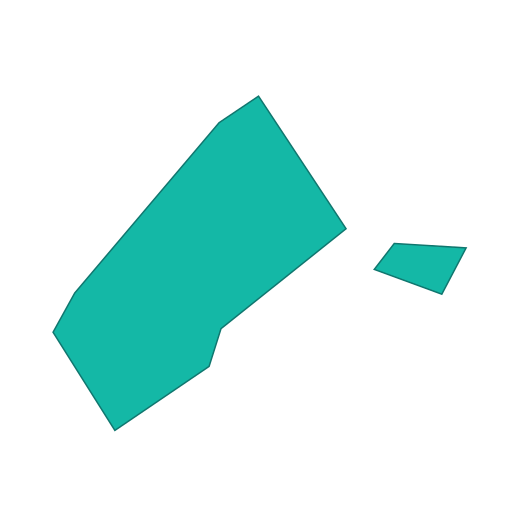 Paget, Natural Earth projection, rotated 174°
{"feature_id": "BMU-5138", "entity_name": "Paget", "entity_type": "state/province", "adm_level": 1, "iso_a3": "BMU", "parent_name": "Bermuda", "parent_adm1": "", "projection": "natural_earth1", "projection_center": [-64.789, 32.281], "detail": "fine", "context": "isolated", "style": "filled", "palette": "teal", "viewbox_px": 512, "rotation_deg": 174, "n_neighbors": 0, "source": "natural_earth", "source_scale": "10m", "svg_char_len": 336}
<svg xmlns="http://www.w3.org/2000/svg" viewBox="0 0 512 512"><g transform="rotate(174 256 256)"><path d="M163.6,273.7L298.4,187.4L314.2,151.1L414.6,97.3L465.8,201.4L440.1,238.2L278.7,392.5L236.8,414.7L163.6,273.7ZM75.2,198.6L139.8,230.3L117.2,254.0L46.2,242.1L75.2,198.6Z" fill="#14b8a6" stroke="#0f766e" stroke-width="1.5"/></g></svg>